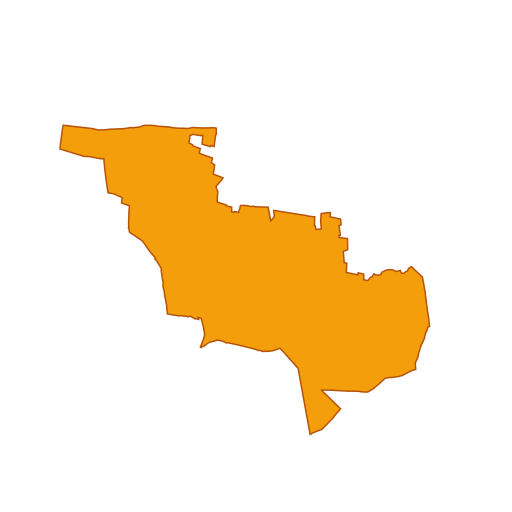 Santa Isabel Xiloxoxtla, Tlaxcala, Mexico (Equal Earth projection), rotated 341°
{"feature_id": "50627088B18740069237602", "entity_name": "Santa Isabel Xiloxoxtla", "entity_type": "district", "adm_level": 2, "iso_a3": "MEX", "parent_name": "Mexico", "parent_adm1": "Tlaxcala", "projection": "equal_earth", "projection_center": [-98.207, 19.264], "detail": "fine", "context": "isolated", "style": "filled", "palette": "amber", "viewbox_px": 512, "rotation_deg": 341, "n_neighbors": 0, "source": "geoboundaries", "source_scale": "gbopen_adm2", "svg_char_len": 5661}
<svg xmlns="http://www.w3.org/2000/svg" viewBox="0 0 512 512"><g transform="rotate(341 256 256)"><path d="M399.1,316.7L397.1,317.1L396.0,317.6L394.6,319.3L392.1,319.7L390.2,320.2L388.8,320.2L387.8,319.1L387.8,316.7L387.2,316.6L382.9,316.1L381.7,314.2L378.1,312.4L374.7,311.8L369.7,312.3L367.7,314.2L366.3,314.1L363.7,313.3L361.6,311.2L359.4,313.2L356.7,313.7L355.3,314.8L353.8,315.5L352.5,315.0L350.2,313.5L350.6,312.5L351.9,308.2L347.1,305.1L346.3,307.1L336.1,301.0L336.9,298.7L337.0,298.4L337.2,298.1L339.4,292.3L337.2,291.1L339.9,280.7L340.2,279.9L341.3,280.0L342.0,280.0L343.1,280.0L344.1,280.1L344.8,279.7L345.0,279.1L348.0,269.8L348.1,269.3L340.6,265.6L340.6,265.4L341.0,263.9L342.5,263.9L344.4,254.2L346.6,254.2L348.0,248.7L344.5,246.6L344.0,246.2L338.8,243.1L338.9,242.9L340.5,239.3L339.3,238.7L336.6,238.1L331.4,237.1L330.3,239.7L330.2,240.0L328.3,244.5L326.6,251.7L321.2,250.3L321.9,246.9L321.1,246.4L324.2,238.3L324.3,238.0L322.7,237.4L317.7,234.9L317.1,234.3L287.5,218.6L286.1,224.9L281.9,227.3L281.3,227.6L282.3,221.1L283.4,213.8L282.4,213.4L275.9,211.0L275.6,210.9L270.9,209.0L270.0,208.3L269.6,208.0L269.1,207.9L268.6,208.0L267.7,207.6L266.4,207.1L265.4,206.3L264.2,205.7L262.1,204.7L260.3,204.0L258.8,203.4L257.9,203.3L257.2,203.9L256.3,205.8L254.6,207.8L253.8,209.1L253.1,208.7L250.1,207.0L249.6,207.6L247.7,206.4L247.4,206.3L248.9,201.8L248.6,201.7L244.6,199.2L244.7,198.3L236.9,192.3L239.0,186.8L240.8,182.9L240.8,182.5L240.8,182.2L240.7,181.5L240.7,180.9L240.6,179.0L240.6,178.3L241.4,176.9L244.7,174.9L247.3,173.5L250.2,171.4L249.5,170.8L247.0,168.6L242.2,164.6L243.9,161.7L246.6,156.4L244.9,154.2L244.2,153.3L244.1,153.2L246.8,149.2L240.9,144.7L240.2,144.0L235.8,140.4L238.3,136.3L233.1,132.1L232.1,131.0L232.2,130.1L229.5,127.5L229.5,127.2L231.0,124.4L232.9,120.5L234.4,120.6L235.9,120.4L238.0,121.6L242.9,124.2L244.9,124.7L241.5,132.7L248.6,137.8L249.3,136.8L251.9,138.9L257.5,128.0L257.8,128.1L258.1,128.0L260.0,122.3L260.0,122.1L257.8,121.0L251.3,118.9L247.3,117.6L243.1,116.0L240.2,114.8L238.7,114.1L237.9,113.8L235.3,113.6L233.5,113.3L231.1,112.5L228.8,111.5L226.1,110.6L219.8,108.0L216.6,106.1L213.7,104.8L211.7,103.9L209.0,102.8L206.2,101.7L204.6,100.9L203.5,100.2L202.8,99.8L201.2,99.1L199.8,98.5L198.5,98.0L197.6,97.7L194.9,96.7L194.0,96.4L192.6,96.1L191.8,96.0L188.6,96.1L187.9,96.1L186.3,95.9L184.6,95.3L182.9,95.0L182.0,94.8L180.6,94.3L179.0,93.7L177.2,93.4L175.8,93.2L173.1,92.6L170.6,92.0L165.9,90.6L161.4,89.3L158.8,88.4L158.4,88.4L155.6,87.8L153.6,87.3L150.0,86.2L148.0,85.4L147.3,85.1L143.2,82.5L142.8,82.3L142.3,82.0L116.5,69.7L116.2,69.6L115.8,70.3L115.4,71.2L114.9,71.9L109.1,83.4L108.0,85.5L105.5,91.0L110.0,94.3L125.1,105.3L126.0,105.9L127.9,106.6L130.2,107.5L133.7,109.4L137.9,111.9L139.7,112.9L141.4,113.8L143.5,114.3L143.9,114.4L143.1,117.1L141.5,123.8L140.5,128.3L139.1,134.9L136.7,148.1L137.1,148.3L141.5,150.7L145.9,154.8L147.7,156.3L148.5,157.1L146.2,162.1L152.5,167.2L152.7,167.3L151.6,169.8L150.8,171.5L149.8,174.1L148.5,177.6L148.3,178.2L147.8,179.3L147.0,181.3L146.5,182.8L145.8,184.6L145.4,186.3L144.9,187.5L144.7,187.8L144.4,188.2L144.6,188.8L144.7,189.2L144.7,189.8L144.5,190.4L144.3,191.2L144.2,191.9L144.4,192.6L144.9,193.5L145.5,194.2L148.1,197.6L152.1,202.9L153.2,204.4L153.6,205.3L154.2,207.0L156.5,215.3L158.5,220.7L160.1,225.0L159.4,226.1L159.7,226.6L160.0,226.9L160.1,227.2L160.3,227.5L162.3,236.4L162.4,237.2L161.5,239.3L160.8,243.4L160.2,246.5L159.8,248.0L159.9,248.3L159.9,248.7L159.7,250.3L158.9,252.6L158.4,253.7L158.0,255.3L157.8,259.3L156.6,264.2L156.4,266.9L155.4,273.6L154.2,278.1L153.4,282.0L156.8,283.9L163.7,287.6L164.6,287.6L168.6,289.5L171.0,290.7L172.4,291.6L173.8,291.3L174.7,291.9L176.0,293.5L177.3,294.8L177.7,295.5L179.1,295.9L181.2,297.3L181.3,295.3L183.6,296.6L183.9,296.8L183.3,304.5L183.0,307.2L182.6,309.3L182.4,310.7L182.3,311.1L182.0,313.0L181.7,313.8L181.6,314.0L181.0,315.0L179.4,317.4L176.6,320.7L174.1,323.7L173.7,324.2L174.3,324.8L174.7,324.8L174.9,324.6L175.2,324.3L175.7,324.0L176.3,324.0L176.8,324.3L177.4,324.4L177.8,324.3L179.7,323.5L182.0,322.8L183.1,322.6L184.5,322.4L184.9,322.4L185.1,322.5L185.5,322.6L186.6,322.7L187.7,322.7L190.1,323.0L191.1,322.9L191.9,322.9L192.9,323.2L194.4,324.2L195.9,325.2L198.5,327.2L199.5,328.5L200.1,328.5L201.5,329.1L205.2,331.3L211.4,335.1L220.5,341.0L222.6,342.4L225.2,344.2L228.0,346.4L229.6,346.8L230.0,347.1L230.6,348.0L231.0,348.3L236.9,350.2L241.3,351.1L248.6,351.1L248.7,351.3L251.3,356.9L251.5,357.3L251.8,358.1L253.8,363.0L255.7,367.4L259.0,375.5L259.1,375.8L259.2,376.2L258.4,381.5L253.3,414.5L249.1,442.4L249.3,442.4L250.2,442.2L252.0,441.7L255.7,441.6L256.6,441.5L261.7,441.4L269.6,437.5L275.6,434.5L277.4,433.3L278.0,432.8L286.2,428.0L281.1,417.9L278.1,411.9L274.7,405.3L274.5,404.1L283.3,407.3L298.6,413.6L300.8,414.3L309.3,417.5L311.7,418.9L315.3,420.3L317.6,421.0L321.1,420.2L322.3,420.1L323.0,419.8L325.2,419.1L326.8,418.5L327.5,418.2L328.4,417.9L330.3,417.1L335.3,415.0L337.8,413.9L338.3,413.7L338.5,413.7L342.9,414.4L343.7,414.7L344.5,415.0L349.4,416.0L350.6,416.3L353.8,416.5L355.1,416.6L356.0,416.5L360.8,415.8L363.4,415.4L366.0,415.1L369.2,415.2L370.1,415.3L370.6,413.1L371.4,410.4L371.5,410.0L372.4,408.3L374.0,406.6L376.2,404.3L377.1,402.7L377.8,401.4L380.2,398.1L382.6,394.8L388.0,389.2L388.3,388.8L388.5,388.3L389.8,386.2L391.1,384.5L391.8,383.5L392.5,383.1L393.1,382.4L393.9,381.2L394.4,380.4L395.3,379.4L395.9,379.1L397.1,379.1L399.2,370.3L399.2,369.9L400.2,364.1L402.2,354.2L403.6,347.6L403.8,346.9L404.2,344.6L404.9,340.8L405.0,339.8L405.2,338.7L405.3,338.2L406.5,330.3L406.5,330.1L406.4,329.9L400.2,318.1L399.9,317.0L399.1,316.7Z" fill="#f59e0b" stroke="#b45309" stroke-width="1.5"/></g></svg>